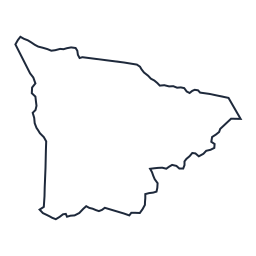 Areia, Paraíba, Brazil
{"feature_id": "56859067B64282742234798", "entity_name": "Areia", "entity_type": "district", "adm_level": 2, "iso_a3": "BRA", "parent_name": "Brazil", "parent_adm1": "Paraíba", "projection": "robinson", "projection_center": [-35.7, -6.949], "detail": "fine", "context": "isolated", "style": "outline", "palette": "slate", "viewbox_px": 256, "rotation_deg": 0, "n_neighbors": 0, "source": "geoboundaries", "source_scale": "gbopen_adm2", "svg_char_len": 1646}
<svg xmlns="http://www.w3.org/2000/svg" viewBox="0 0 256 256"><path d="M220.2,128.9L231.1,118.7L240.6,118.9L228.5,97.9L209.4,93.9L200.1,92.6L198.0,90.3L194.7,89.8L192.2,90.9L189.6,93.0L186.7,91.5L184.2,88.1L180.8,87.4L177.1,87.7L173.3,86.2L169.1,86.4L164.3,85.2L159.8,85.6L157.3,83.0L154.3,80.5L150.9,78.7L148.2,75.8L144.0,72.5L141.5,69.3L140.0,66.7L136.9,64.6L124.0,62.5L82.4,57.2L79.6,58.0L77.9,54.8L77.3,50.7L75.6,48.0L71.1,47.4L66.9,48.2L63.5,49.2L60.1,48.9L55.2,50.2L51.3,50.7L47.4,49.1L42.6,47.7L38.2,46.6L34.8,44.8L31.4,42.5L27.8,40.3L23.9,38.8L20.4,36.8L17.9,40.0L15.4,44.4L30.1,73.4L33.3,77.5L35.4,83.4L32.1,87.5L31.8,93.2L35.4,96.6L36.0,101.8L36.5,105.8L35.5,110.0L32.7,112.8L34.2,117.9L34.7,123.2L36.5,127.9L38.2,130.4L39.9,133.2L43.8,137.1L46.2,141.4L45.9,150.2L45.5,168.0L44.7,187.7L44.5,196.2L43.8,206.9L39.6,209.6L42.9,213.1L46.9,215.0L49.7,216.4L52.2,217.8L55.8,219.2L59.6,216.9L63.0,214.3L65.8,213.9L67.0,216.7L70.5,215.7L74.6,215.4L79.3,213.0L83.3,208.8L86.2,206.2L89.3,207.9L92.6,208.7L95.9,210.1L98.9,211.1L102.0,209.9L104.8,207.8L123.9,213.5L129.3,215.4L131.3,212.8L135.1,212.8L139.8,213.0L142.6,209.1L144.9,204.9L145.0,201.8L145.3,198.2L145.3,194.1L149.1,193.1L153.2,192.6L156.5,191.6L157.3,187.9L157.6,183.2L154.7,179.2L153.3,175.9L152.0,172.2L150.1,168.8L154.0,168.3L157.9,167.9L162.2,167.7L166.3,168.7L169.1,166.7L172.1,164.9L176.4,165.9L179.3,168.5L183.2,168.5L184.5,165.1L184.5,161.4L186.4,158.9L189.6,156.2L192.3,153.0L195.4,153.4L198.8,156.3L203.4,153.8L206.2,150.8L210.5,149.8L214.3,147.9L214.6,144.0L211.3,141.8L212.1,137.0L216.0,134.5L219.1,132.0L220.2,128.9Z" fill="none" stroke="#1e293b" stroke-width="2"/></svg>